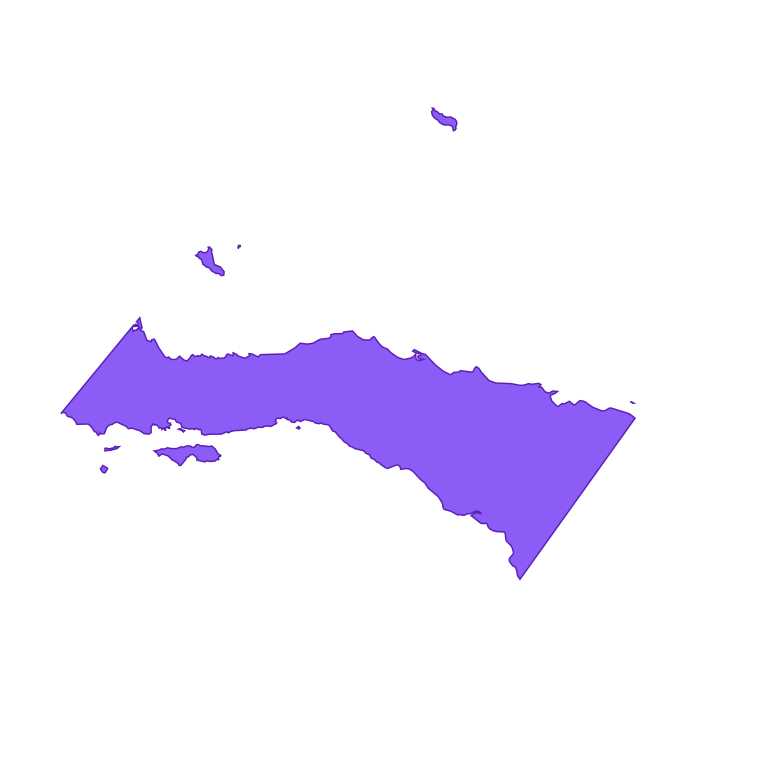 SVG path tracing the border of Baja California, rotated 130°
{"feature_id": "MEX-2706", "entity_name": "Baja California", "entity_type": "State", "adm_level": 1, "iso_a3": "MEX", "parent_name": "Mexico", "parent_adm1": "", "projection": "albers", "projection_center": [-114.611, 30.356], "detail": "fine", "context": "isolated", "style": "filled", "palette": "violet", "viewbox_px": 768, "rotation_deg": 130, "n_neighbors": 0, "source": "natural_earth", "source_scale": "10m", "svg_char_len": 6182}
<svg xmlns="http://www.w3.org/2000/svg" viewBox="0 0 768 768"><g transform="rotate(130 384 384)"><path d="M446.2,154.3L444.9,158.6L441.5,162.6L439.7,165.8L440.4,167.8L440.3,170.0L439.2,174.0L437.2,175.8L431.2,175.8L429.6,176.7L426.8,181.0L426.1,183.2L425.8,188.3L425.0,190.5L420.4,195.3L420.1,196.7L424.7,203.0L426.2,206.1L427.0,210.0L426.7,212.0L425.0,215.0L425.1,216.5L427.3,218.3L428.5,220.6L428.8,232.6L424.0,231.1L422.3,229.9L421.6,227.1L420.9,226.6L420.4,227.0L420.8,229.4L422.3,232.0L427.3,234.0L430.5,237.3L432.5,237.8L434.0,239.4L435.7,242.7L436.9,243.1L438.5,251.2L441.4,257.3L440.7,259.2L437.8,262.7L435.4,269.9L435.4,283.3L433.5,289.2L433.7,294.7L432.3,305.4L432.7,309.5L434.4,312.5L438.6,316.4L437.0,318.6L437.0,320.6L437.9,322.3L446.4,327.0L447.2,329.2L447.7,335.1L447.3,336.5L448.3,338.8L448.0,343.2L449.1,346.1L447.6,349.4L448.7,353.4L448.2,356.7L452.2,364.7L452.6,367.7L453.8,370.5L453.2,373.6L453.9,377.4L453.0,382.2L453.4,383.2L452.0,390.7L453.0,393.1L450.9,399.3L451.3,400.9L453.8,404.7L454.3,407.3L456.0,408.0L458.1,411.7L458.0,413.8L462.1,421.9L466.4,423.9L467.2,426.7L468.3,427.5L471.0,427.8L472.6,430.4L472.0,432.9L473.6,435.6L472.5,436.8L473.5,437.3L474.0,439.9L477.3,441.4L478.5,443.6L479.9,444.0L482.7,443.3L482.4,441.5L483.4,441.0L489.5,443.6L490.6,445.8L493.8,448.9L495.1,448.9L497.8,452.5L501.9,454.8L503.3,458.0L504.7,458.3L506.0,459.8L507.7,459.9L516.0,468.7L518.8,470.9L521.0,471.5L521.6,472.2L521.5,473.6L526.8,476.3L534.5,485.2L538.3,488.4L539.5,491.3L536.7,494.6L536.8,495.7L538.2,496.6L538.0,498.0L539.1,498.8L539.5,500.1L540.8,500.0L541.4,502.2L543.3,503.6L547.1,510.8L544.8,514.5L546.4,518.2L546.2,519.9L545.3,520.9L548.2,526.4L549.9,526.6L552.2,525.7L552.6,524.1L551.3,522.6L551.9,522.3L552.1,521.0L554.5,521.4L555.8,519.7L556.5,520.7L556.3,522.1L557.7,523.3L559.8,521.6L560.2,522.0L559.3,524.2L561.6,524.8L560.5,526.1L562.3,528.0L561.8,528.5L561.4,531.6L561.9,532.9L563.0,533.4L562.8,535.2L566.6,534.9L570.8,531.2L573.0,531.6L574.8,533.4L575.0,534.8L576.3,535.8L576.6,540.5L579.9,548.9L582.0,550.4L582.5,551.7L582.1,554.0L584.7,563.7L586.6,565.4L590.1,566.4L590.5,567.3L593.4,568.4L596.0,568.3L601.9,566.3L604.2,568.7L603.9,570.3L606.8,569.6L606.9,571.4L605.8,573.2L606.6,575.3L604.9,580.4L604.8,584.9L612.3,593.4L610.8,596.7L610.2,600.8L612.2,605.9L610.9,609.4L612.6,612.2L614.5,612.5L502.7,613.6L504.8,610.0L503.1,609.5L502.0,608.3L499.5,608.3L499.3,604.0L498.3,601.9L503.0,593.5L501.2,589.6L499.5,590.4L497.2,588.7L500.9,580.2L504.2,568.9L503.5,567.4L501.7,566.2L502.0,563.1L499.6,559.9L498.3,558.9L494.1,558.5L494.3,552.7L492.8,549.6L487.6,549.4L486.7,550.0L484.5,549.5L484.2,545.8L482.2,545.1L480.9,542.9L478.1,542.5L478.0,539.3L476.8,537.9L476.8,536.2L476.0,534.5L474.2,535.1L472.9,531.9L473.3,529.9L471.8,528.1L470.3,528.2L470.1,526.5L466.9,523.2L464.8,522.8L462.4,523.5L461.3,522.7L459.7,518.2L458.6,518.3L457.1,519.7L456.1,516.5L456.2,513.3L453.7,507.1L448.8,505.2L447.5,506.9L446.0,504.8L444.2,498.0L440.7,497.3L424.8,479.4L413.6,475.4L406.6,474.4L402.8,468.4L398.3,464.5L391.0,461.8L384.3,455.6L382.1,454.9L380.3,456.4L377.1,454.0L372.3,448.4L369.9,448.1L363.6,442.2L364.6,434.9L363.5,428.3L359.8,423.4L354.5,422.5L354.2,421.4L356.0,414.6L356.7,409.2L355.0,403.5L355.6,399.2L354.8,390.6L352.4,384.4L347.3,380.5L344.4,379.1L340.8,379.0L344.1,375.7L344.4,374.3L342.7,371.4L339.8,369.6L341.9,373.4L342.0,375.0L340.2,376.0L338.6,374.2L337.5,375.7L337.6,376.5L339.1,378.0L340.4,383.1L338.3,383.0L336.4,375.0L334.7,371.3L336.4,356.9L336.1,346.8L334.4,339.8L333.6,338.7L330.4,338.1L326.6,334.3L324.6,334.0L318.6,324.5L317.0,323.8L313.7,324.7L311.4,324.4L311.0,321.2L312.3,317.5L313.9,305.7L311.3,298.8L302.1,287.0L297.7,279.1L295.2,276.3L290.5,273.2L289.5,270.9L284.0,265.8L283.6,263.4L286.7,263.3L285.1,261.1L286.5,255.5L284.9,251.8L281.0,250.3L278.2,246.3L281.6,247.1L285.5,249.2L287.0,248.2L289.1,244.6L289.8,237.6L289.2,236.2L284.5,235.0L283.1,232.9L278.1,230.9L278.0,225.5L277.0,224.3L271.0,223.3L269.2,220.7L268.4,218.6L267.6,209.0L264.8,200.5L262.8,197.7L257.8,195.9L256.5,194.7L249.2,177.2L248.9,173.7L248.8,169.7L446.2,154.3ZM580.1,509.0L584.0,510.2L582.8,512.9L583.0,517.0L579.2,513.8L576.5,512.7L575.8,511.0L572.0,508.8L570.3,505.6L567.0,501.5L562.5,499.0L561.7,497.4L558.0,495.1L555.8,492.1L556.1,491.2L555.5,489.8L554.2,488.5L551.5,488.7L550.2,488.0L548.9,484.0L547.8,483.2L544.7,478.2L542.2,476.0L542.3,471.4L544.2,466.4L543.6,463.2L544.6,462.8L545.5,463.9L547.7,462.9L547.7,462.2L548.7,462.3L548.8,463.4L551.6,463.9L555.4,467.7L556.6,470.3L558.6,470.9L561.6,476.5L561.4,477.4L562.6,478.2L560.6,480.5L560.9,485.5L563.0,486.8L566.3,487.3L567.1,488.3L568.9,487.4L576.9,487.3L578.1,488.6L577.2,490.2L577.9,496.5L578.4,497.1L577.8,502.9L580.1,509.0ZM405.4,580.3L406.3,582.9L407.2,583.5L408.1,588.2L407.3,592.9L408.4,594.8L408.6,599.9L406.1,603.3L406.3,606.8L405.8,608.1L406.6,609.7L406.4,610.9L404.3,609.9L402.4,610.8L400.1,609.7L399.5,606.7L397.9,605.0L395.9,604.3L393.1,605.3L392.2,606.6L391.2,605.5L391.7,602.2L393.3,601.4L401.5,590.8L399.6,584.5L400.8,578.6L403.7,576.7L405.6,578.4L405.4,580.3ZM145.5,502.6L147.3,505.3L147.9,509.9L147.1,511.8L147.7,515.3L147.1,519.6L144.9,522.5L141.6,523.0L141.6,524.1L140.8,523.2L141.2,522.0L142.1,521.7L141.1,517.9L141.4,516.2L141.0,514.3L139.7,512.9L140.7,511.3L139.2,507.2L136.6,504.5L135.6,499.8L135.9,498.2L136.7,496.4L138.5,495.2L140.8,494.4L142.0,493.0L143.9,492.8L145.4,493.7L143.0,496.4L142.7,497.9L144.2,501.7L145.5,502.6ZM626.2,541.5L631.0,540.6L631.8,541.1L632.4,542.7L631.4,546.6L627.1,547.0L626.2,541.5ZM490.3,613.7L496.5,605.5L497.7,605.3L498.0,609.4L495.5,611.5L495.4,613.6L490.3,613.7ZM602.3,546.6L605.2,547.1L610.0,550.5L614.6,554.8L612.7,556.4L611.4,555.3L610.6,553.1L606.8,550.2L604.6,549.9L604.8,549.2L602.3,546.6ZM499.6,613.6L498.9,612.3L497.9,612.6L497.6,611.4L498.7,610.6L502.0,613.6L499.6,613.6ZM547.8,506.8L549.7,506.8L549.6,509.7L550.8,512.3L549.6,512.0L548.9,510.6L549.3,509.9L547.8,506.8ZM471.7,420.1L473.1,420.1L473.7,422.7L471.4,422.1L471.7,420.1ZM371.1,582.5L371.6,583.2L373.4,582.8L373.6,583.4L371.2,584.4L370.3,583.1L371.1,582.5ZM238.0,180.3L238.7,180.9L239.1,183.4L238.8,183.4L238.0,180.3Z" fill="#8b5cf6" stroke="#5b21b6" stroke-width="1.5"/></g></svg>